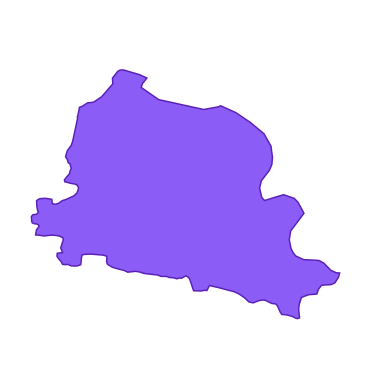 the district of Jisr-Ash-Shugur, Idlib, Syria, rotated 97°
{"feature_id": "27442178B84192320308694", "entity_name": "Jisr-Ash-Shugur", "entity_type": "district", "adm_level": 2, "iso_a3": "SYR", "parent_name": "Syria", "parent_adm1": "Idlib", "projection": "equal_earth", "projection_center": [36.341, 35.883], "detail": "fine", "context": "isolated", "style": "filled", "palette": "violet", "viewbox_px": 384, "rotation_deg": 97, "n_neighbors": 0, "source": "geoboundaries", "source_scale": "gbopen_adm2", "svg_char_len": 3583}
<svg xmlns="http://www.w3.org/2000/svg" viewBox="0 0 384 384"><g transform="rotate(97 192 192)"><path d="M253.7,342.0L253.6,340.2L253.5,338.4L253.7,333.6L251.9,326.1L251.7,321.2L252.0,317.8L252.6,316.1L253.4,314.4L254.4,314.2L255.3,313.9L257.0,314.3L263.5,315.5L265.9,314.2L267.9,313.1L269.2,318.3L272.2,318.2L274.6,316.2L277.1,313.4L279.6,311.7L279.5,308.6L279.0,306.6L280.0,303.0L279.8,299.5L279.3,296.7L277.7,293.6L275.2,293.6L270.4,293.7L267.8,293.3L267.0,291.0L266.0,285.1L265.5,272.8L266.1,268.8L268.6,268.4L271.6,268.3L274.1,267.1L276.4,261.9L277.3,256.4L278.1,250.0L279.4,246.0L278.7,243.1L277.6,238.3L277.8,234.1L278.7,229.7L278.6,216.0L278.6,215.9L279.1,214.1L279.5,212.4L279.5,211.8L279.4,211.7L279.4,211.3L278.9,206.9L279.6,204.5L279.5,202.1L279.4,199.7L280.0,196.5L279.5,195.5L279.0,194.5L278.7,191.5L277.9,190.6L275.8,187.6L277.4,185.1L278.1,184.1L281.2,182.5L289.8,178.4L289.2,171.5L289.2,171.2L288.0,167.3L288.0,165.6L288.0,165.2L282.7,163.3L283.9,152.0L285.1,143.7L285.8,138.0L287.7,132.5L287.8,132.2L290.6,126.9L294.2,122.0L294.6,117.9L291.6,112.2L290.6,108.5L290.5,106.3L292.9,99.2L292.9,96.3L292.9,95.1L295.1,93.0L300.5,89.8L302.6,87.9L302.5,85.4L302.5,84.3L302.5,82.3L302.7,80.9L303.2,77.7L304.6,73.5L304.8,71.8L303.9,70.0L302.9,70.1L302.7,70.1L300.6,70.7L296.9,71.5L295.7,71.8L290.8,71.9L283.6,70.6L282.3,68.8L279.8,63.8L279.7,63.5L278.9,59.6L278.2,56.2L278.1,55.7L273.1,54.6L268.9,52.1L268.2,49.5L267.0,42.7L264.8,39.1L259.0,36.3L254.4,35.6L254.5,37.3L254.6,39.0L252.7,44.8L246.6,52.4L246.4,52.7L245.0,56.3L244.8,57.0L244.7,57.2L244.5,57.7L244.8,62.5L245.5,72.9L242.9,81.2L239.8,84.3L235.7,87.0L227.6,89.6L223.4,89.5L218.5,89.3L213.1,86.1L199.5,78.3L196.9,80.1L196.7,80.2L196.2,80.6L189.3,85.5L187.6,87.6L186.4,89.1L185.8,89.9L185.3,92.4L183.5,100.7L187.8,110.5L189.3,113.8L190.9,117.3L191.6,118.9L189.1,122.0L186.2,123.1L180.0,125.3L177.5,125.1L176.5,125.0L172.8,124.6L172.3,124.5L168.1,122.0L161.4,118.0L160.1,117.6L158.3,117.0L157.8,116.9L156.1,116.4L155.1,116.1L148.9,116.3L147.9,116.3L147.1,116.5L145.4,117.0L136.8,119.2L130.9,123.6L125.5,127.6L124.1,129.7L121.8,133.3L119.3,137.2L115.9,142.5L114.8,144.6L114.6,145.0L113.4,147.4L107.7,158.5L107.4,159.7L102.9,174.2L104.2,176.0L108.0,188.3L108.7,190.5L108.7,191.1L108.4,193.3L107.8,199.9L106.6,212.8L105.4,225.1L104.4,236.3L102.2,240.4L99.4,245.8L94.4,255.2L92.2,254.7L90.5,254.4L88.2,253.0L84.4,250.7L81.9,258.4L80.4,267.7L79.7,271.8L79.2,274.6L79.7,278.2L80.2,278.9L80.8,279.6L81.3,280.4L88.7,284.8L89.9,284.6L94.4,283.8L98.9,286.9L104.8,290.8L107.7,292.8L108.4,293.2L108.9,293.8L114.9,300.7L116.1,306.0L116.2,306.5L120.2,311.2L121.6,314.0L129.7,314.6L131.4,314.9L132.4,314.7L133.0,314.5L133.4,314.6L134.5,314.7L137.2,314.9L156.6,316.7L160.5,317.6L166.2,320.8L172.4,321.8L175.1,319.6L178.0,318.5L179.1,316.5L180.3,315.9L181.4,315.7L182.8,314.7L184.1,315.0L185.6,315.4L187.4,315.8L189.1,315.9L191.9,318.0L195.5,320.1L197.3,319.6L197.7,316.4L198.0,314.9L198.2,313.1L198.3,311.4L198.3,309.6L199.0,307.1L200.1,306.2L200.3,306.0L201.2,305.3L203.4,305.2L205.3,305.7L207.2,306.2L210.3,308.9L211.1,310.2L211.9,311.5L214.7,316.1L215.0,316.6L216.3,319.6L219.7,323.4L220.9,326.5L220.7,327.9L220.5,329.3L216.4,330.2L216.1,336.6L216.6,339.3L217.1,342.0L218.1,343.8L219.7,345.2L222.0,344.8L224.0,344.4L224.9,344.3L225.6,344.1L229.2,343.0L230.8,341.9L232.8,343.5L233.6,345.4L233.8,347.0L235.8,348.4L240.4,347.6L242.1,346.8L242.8,344.4L242.6,342.4L243.4,340.5L244.6,339.5L248.2,341.6L248.6,341.8L251.1,341.9L252.2,342.0L253.4,341.9L253.5,342.0L253.7,342.0Z" fill="#8b5cf6" stroke="#5b21b6" stroke-width="1.5"/></g></svg>